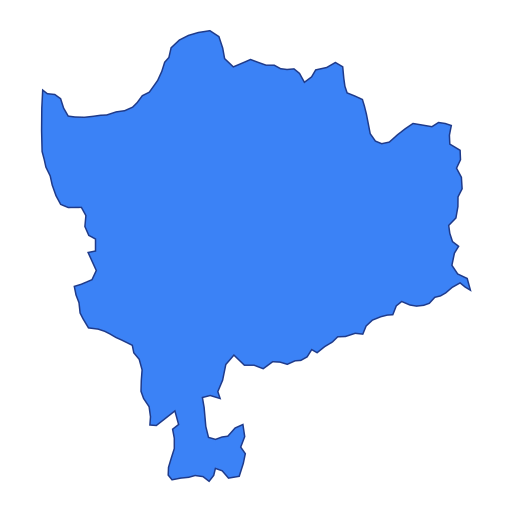 the district of Cabreúva, São Paulo, Brazil
{"feature_id": "56859067B26102733992690", "entity_name": "Cabreúva", "entity_type": "district", "adm_level": 2, "iso_a3": "BRA", "parent_name": "Brazil", "parent_adm1": "São Paulo", "projection": "equal_earth", "projection_center": [-47.08, -23.313], "detail": "fine", "context": "isolated", "style": "filled", "palette": "blue", "viewbox_px": 512, "rotation_deg": 0, "n_neighbors": 0, "source": "geoboundaries", "source_scale": "gbopen_adm2", "svg_char_len": 2467}
<svg xmlns="http://www.w3.org/2000/svg" viewBox="0 0 512 512"><path d="M317.1,352.7L324.7,346.6L332.5,341.9L337.7,336.8L345.4,336.5L355.2,333.3L362.8,334.1L366.1,326.0L372.4,320.1L380.9,316.7L387.2,315.1L392.8,314.7L396.3,305.8L401.7,301.5L409.9,305.0L416.5,306.1L423.7,305.3L429.3,303.3L434.8,297.3L440.5,295.9L445.7,292.9L452.1,287.4L460.1,282.9L465.1,287.0L470.4,290.2L467.2,278.5L457.7,274.0L451.9,265.3L454.4,253.2L458.6,246.3L452.5,241.6L449.8,233.4L448.7,225.4L455.9,218.0L457.9,206.6L458.0,196.9L462.1,188.8L461.4,177.3L456.5,168.2L460.5,159.7L460.1,150.3L449.8,144.1L449.4,135.2L451.3,125.5L445.2,123.5L438.5,122.5L431.9,126.7L422.0,125.0L413.0,123.5L405.3,128.7L397.6,134.7L389.3,142.1L381.7,143.7L375.4,141.1L370.2,133.7L368.4,124.4L366.4,114.1L364.4,106.1L362.4,99.5L354.8,96.0L347.1,92.9L344.9,86.3L343.8,78.4L342.7,66.8L335.4,62.5L326.7,67.5L315.7,69.9L311.6,76.9L304.4,82.3L299.5,73.4L294.0,68.9L287.0,69.5L280.6,68.7L274.2,65.2L266.1,65.2L258.5,62.5L250.5,59.5L245.3,61.8L233.3,66.9L224.6,58.6L222.7,48.1L218.9,36.6L209.9,30.7L198.3,32.5L188.5,35.4L179.4,40.0L171.1,47.8L168.9,57.5L164.7,62.2L161.8,71.4L157.7,80.4L153.9,85.8L149.3,92.2L142.3,95.7L137.2,102.6L132.6,107.2L124.7,110.7L116.2,111.9L106.7,115.0L100.3,115.3L93.4,116.3L84.4,117.3L74.9,117.0L68.2,116.1L63.6,108.1L60.6,98.7L54.8,94.5L47.3,93.7L42.7,90.1L41.8,108.1L41.6,130.6L42.1,151.5L44.2,159.4L45.9,167.1L50.2,175.9L52.2,185.0L56.0,195.7L60.7,204.4L68.2,207.5L81.4,207.4L85.9,215.6L84.9,226.5L88.8,235.4L95.5,239.0L95.5,251.0L88.1,252.5L92.0,261.1L96.3,270.5L92.0,279.7L81.2,284.3L74.3,286.4L76.0,294.9L79.0,302.7L80.1,313.0L83.1,318.9L88.5,327.9L98.1,329.1L104.7,331.3L109.7,333.8L116.0,337.5L121.6,340.0L132.3,345.3L133.8,352.8L139.2,359.3L142.1,369.9L141.3,380.4L141.0,391.3L143.6,398.5L149.1,406.7L150.5,416.8L149.9,425.0L156.3,425.5L174.9,410.9L178.6,424.5L172.6,429.2L174.3,438.2L174.3,448.6L171.4,457.7L168.5,467.4L168.2,475.1L172.0,479.8L180.6,478.1L188.7,477.3L195.1,475.5L203.0,476.6L209.1,481.3L213.7,475.4L215.4,468.4L222.2,470.8L228.5,478.1L239.2,476.3L243.3,463.4L245.3,453.7L240.7,447.1L244.7,436.6L242.9,424.5L235.1,428.0L227.8,436.2L222.0,437.0L215.5,439.4L208.5,437.4L205.8,426.5L204.1,407.4L202.4,397.5L210.2,395.5L220.1,398.5L217.8,391.6L222.6,380.2L225.8,364.5L233.9,355.1L244.4,365.2L254.0,365.2L263.2,368.7L272.7,361.7L280.0,362.1L287.3,364.3L295.1,360.8L300.8,360.4L307.1,356.9L311.7,349.6L317.1,352.7Z" fill="#3b82f6" stroke="#1e3a8a" stroke-width="1.5"/></svg>